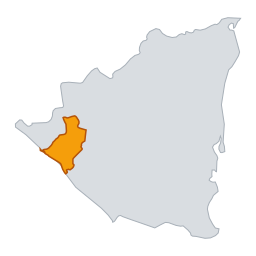 León highlighted on a map of Nicaragua
{"feature_id": "NIC-658", "entity_name": "León", "entity_type": "Department", "adm_level": 1, "iso_a3": "NIC", "parent_name": "Nicaragua", "parent_adm1": "", "projection": "orthographic", "projection_center": [-86.624, 12.561], "detail": "fine", "context": "in_parent", "style": "filled", "palette": "amber", "viewbox_px": 256, "rotation_deg": 0, "n_neighbors": 0, "source": "natural_earth", "source_scale": "10m", "svg_char_len": 3587}
<svg xmlns="http://www.w3.org/2000/svg" viewBox="0 0 256 256"><path d="M240.6,18.3L239.3,20.2L237.8,21.4L234.7,27.6L233.6,28.2L233.3,23.6L231.4,23.1L229.2,24.7L228.0,27.1L230.0,30.1L231.7,30.1L233.8,30.9L239.6,52.0L238.5,55.7L235.1,61.6L231.9,66.7L228.7,69.8L224.8,83.2L221.4,104.8L224.3,124.2L223.1,142.1L224.4,146.4L224.8,151.6L222.0,152.6L220.5,152.5L218.9,149.2L219.0,146.4L220.6,143.0L221.2,138.5L220.4,136.1L218.9,141.3L216.1,143.7L214.2,144.5L212.5,147.1L214.4,152.0L216.9,155.6L217.8,158.1L216.9,161.2L216.5,171.7L215.6,171.4L214.7,170.0L212.1,170.0L211.8,174.2L212.0,176.6L209.8,178.4L209.1,180.2L210.9,181.5L212.9,182.2L215.3,182.0L217.4,187.2L218.1,191.4L213.4,195.4L211.9,198.6L209.3,202.6L207.8,206.4L207.4,209.2L209.3,217.9L212.6,224.1L215.3,228.0L219.0,228.8L218.2,233.0L215.5,235.6L210.5,237.9L205.0,238.3L196.1,236.4L192.4,236.1L191.0,235.1L190.5,233.0L187.9,230.0L183.2,225.9L180.5,226.2L176.1,225.4L168.7,222.7L165.3,222.4L160.5,224.8L154.8,227.9L141.1,223.1L131.5,219.8L122.9,216.7L120.6,215.5L118.7,215.8L117.1,217.4L115.2,220.3L114.6,221.1L113.6,221.9L112.5,222.1L112.5,220.8L108.2,215.1L101.5,208.3L75.8,187.3L66.4,174.8L61.3,165.7L56.5,161.0L42.7,151.4L39.5,147.5L25.9,134.7L15.5,127.1L15.4,123.9L19.7,119.9L21.8,120.1L24.0,123.0L27.7,126.2L29.5,126.2L32.0,124.7L32.1,123.2L46.1,122.6L48.6,121.8L51.1,119.4L52.4,116.1L52.6,112.9L53.2,110.7L55.4,108.5L59.5,107.8L62.7,107.5L63.6,106.0L62.7,101.2L61.0,89.4L60.6,86.2L61.2,83.7L62.5,82.8L68.7,82.2L80.3,83.2L82.6,82.5L87.3,75.8L91.6,70.9L94.7,68.7L97.2,68.0L100.0,72.3L109.9,78.6L111.6,78.2L112.6,77.8L112.9,76.9L112.7,74.1L115.1,71.4L120.2,69.1L125.4,64.9L130.5,58.9L135.0,55.4L138.7,54.3L140.2,52.7L139.3,50.5L139.5,47.4L141.0,43.3L143.2,41.0L146.1,40.3L147.2,39.0L146.6,37.1L147.1,35.0L149.7,31.6L155.9,28.6L159.5,29.5L162.5,33.5L166.7,36.1L172.1,37.5L176.3,37.0L179.3,34.5L181.9,33.7L184.3,34.6L185.6,34.1L185.7,32.0L186.9,31.5L189.3,32.6L191.4,32.9L193.2,32.3L193.9,31.3L194.2,30.3L195.6,29.5L200.2,30.2L205.4,28.9L211.2,25.7L215.0,24.2L216.9,24.6L219.2,22.9L221.8,19.3L227.8,17.7L240.6,18.3Z" fill="#d9dde1" stroke="#a8b0b8" stroke-width="1"/><path d="M65.6,173.8L64.6,172.6L62.7,169.3L61.0,164.4L60.5,163.6L59.2,162.5L48.9,156.2L48.3,155.4L45.4,153.7L43.9,152.1L40.4,150.5L40.3,149.3L40.9,150.1L41.8,150.7L43.0,151.2L44.1,151.4L42.9,150.1L44.0,149.5L46.5,149.2L47.4,148.8L48.3,148.3L48.7,148.0L51.3,145.3L52.4,143.6L52.8,142.6L52.9,142.3L53.9,141.4L55.2,140.0L56.4,138.6L57.4,138.2L58.4,137.0L59.1,135.7L59.5,135.3L60.0,135.0L63.6,134.5L64.4,134.3L64.7,134.2L65.6,133.6L66.3,132.2L66.4,130.6L66.0,124.3L65.3,122.9L64.7,121.8L63.6,119.3L63.1,117.6L64.0,117.2L64.5,117.2L65.1,117.2L65.9,117.4L66.9,117.9L67.5,117.9L68.5,117.7L71.8,116.5L74.6,115.9L75.2,116.1L75.6,116.3L76.5,117.2L77.9,119.4L78.4,120.1L78.6,120.6L79.0,121.8L78.9,123.5L77.8,125.4L77.7,126.0L77.7,126.5L78.2,127.4L79.9,128.2L86.1,130.0L85.9,131.3L85.3,136.4L84.8,141.0L82.9,142.2L82.1,142.9L81.7,143.5L81.6,143.8L81.5,144.0L81.4,144.7L81.4,144.9L81.5,145.1L81.5,145.3L81.4,145.6L81.1,146.5L81.0,146.8L81.2,147.2L81.2,147.3L81.7,148.0L82.0,148.3L82.1,148.5L82.1,148.8L82.1,149.0L82.1,149.3L81.9,149.6L77.0,154.5L73.7,157.9L73.0,158.9L72.9,159.7L72.9,163.3L72.9,163.7L73.1,164.0L73.3,164.1L73.5,164.3L73.9,164.7L73.9,165.6L73.3,167.0L72.3,168.2L70.4,169.6L70.1,169.8L69.3,169.6L68.5,169.4L68.3,169.3L68.2,169.4L67.3,169.7L66.9,169.7L66.8,169.8L66.6,169.9L66.5,170.0L66.5,170.3L66.6,170.7L66.9,171.4L67.2,171.7L67.2,171.8L67.3,172.0L67.3,172.3L67.0,172.7L66.9,172.9L65.6,173.8L65.6,173.8Z" fill="#f59e0b" stroke="#b45309" stroke-width="1.5"/></svg>